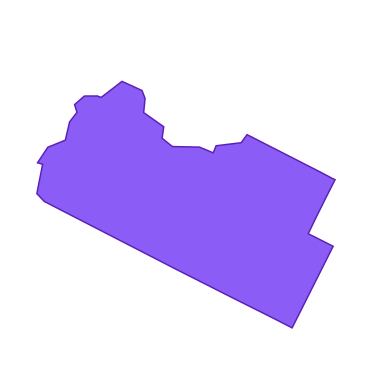 outline of Tate, Mississippi, United States of America, rotated 27°
{"feature_id": "52423323B67875317902203", "entity_name": "Tate", "entity_type": "district", "adm_level": 2, "iso_a3": "USA", "parent_name": "United States of America", "parent_adm1": "Mississippi", "projection": "equal_earth", "projection_center": [-90.006, 34.663], "detail": "fine", "context": "isolated", "style": "filled", "palette": "violet", "viewbox_px": 384, "rotation_deg": 27, "n_neighbors": 0, "source": "geoboundaries", "source_scale": "gbopen_adm2", "svg_char_len": 600}
<svg xmlns="http://www.w3.org/2000/svg" viewBox="0 0 384 384"><g transform="rotate(27 192 192)"><path d="M64.8,267.5L213.2,268.1L241.0,268.0L278.0,267.9L315.1,267.6L342.9,267.6L342.4,176.3L314.5,176.4L314.1,157.2L313.9,136.4L313.9,116.1L309.9,116.2L298.3,116.0L215.0,115.9L213.4,125.8L192.5,139.8L193.1,147.5L178.3,148.6L153.9,160.4L141.0,157.7L137.2,146.7L112.9,143.2L107.7,129.9L101.4,124.3L79.4,125.2L68.1,149.0L64.1,149.4L52.5,155.4L47.7,167.4L53.4,173.3L51.1,185.1L55.6,203.3L43.2,217.6L41.1,236.1L46.3,235.1L54.5,263.9L64.8,267.5Z" fill="#8b5cf6" stroke="#5b21b6" stroke-width="1.5"/></g></svg>